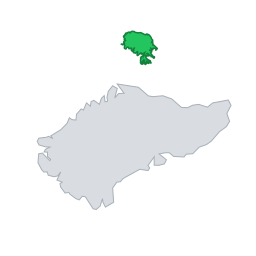 Iceland shown with its bordering countries, rotated 225°
{"feature_id": "ISL", "entity_name": "Iceland", "entity_type": "country or territory", "adm_level": 0, "iso_a3": "ISL", "parent_name": "Europe", "parent_adm1": "", "projection": "orthographic", "projection_center": [-19.868, 64.966], "detail": "fine", "context": "with_neighbors", "style": "filled", "palette": "green", "viewbox_px": 256, "rotation_deg": 225, "n_neighbors": 1, "source": "natural_earth", "source_scale": "50m", "svg_char_len": 6476}
<svg xmlns="http://www.w3.org/2000/svg" viewBox="0 0 256 256"><g transform="rotate(225 128 128)"><path d="M145.7,41.3L151.0,38.2L154.1,39.8L156.4,37.3L159.8,37.5L167.1,39.8L172.9,46.6L170.8,49.7L160.2,49.6L160.5,51.1L164.7,50.9L167.9,54.0L170.4,51.7L171.3,54.6L169.7,59.3L173.0,56.4L178.9,53.1L182.7,54.3L183.9,57.7L179.0,64.0L178.3,65.9L173.7,67.4L177.1,67.8L174.3,79.2L174.4,88.4L176.7,93.8L173.7,94.2L170.4,96.8L174.1,101.3L174.6,108.4L172.2,109.2L175.1,116.4L170.0,116.9L172.7,120.4L171.8,123.4L165.0,124.5L167.8,130.3L167.7,134.1L162.8,130.3L161.3,132.5L164.6,134.8L167.9,140.1L168.7,147.0L163.6,148.4L158.6,139.9L159.0,145.7L155.3,149.8L166.8,151.5L149.4,164.2L136.4,165.1L132.6,167.7L126.1,175.5L117.6,179.5L104.8,180.3L100.3,184.4L98.3,190.0L94.7,194.7L86.6,198.9L85.8,205.7L76.9,218.7L71.2,216.9L68.3,208.1L60.9,204.6L59.4,198.7L60.7,190.0L59.8,177.5L60.8,171.8L64.1,164.8L64.0,155.6L68.2,150.8L67.9,147.1L75.6,140.2L81.2,139.7L83.9,137.2L87.7,131.6L78.4,132.7L76.9,128.4L79.8,123.4L83.2,120.2L89.1,126.2L87.3,115.5L84.4,115.1L83.7,112.1L90.5,107.1L95.7,88.9L95.4,84.6L97.6,81.8L96.4,74.7L85.7,65.4L88.0,56.1L93.2,57.8L96.1,60.0L92.5,53.1L92.8,48.0L95.5,46.2L109.5,49.2L112.1,47.4L111.6,42.7L114.9,41.2L122.4,40.1L124.3,40.6L126.5,37.5L133.8,38.6L136.7,40.5L136.3,43.2L141.4,40.9L144.5,49.4L143.9,44.3L145.7,41.3Z" fill="#d9dde1" stroke="#a8b0b8" stroke-width="1"/><path d="M188.8,184.3L189.2,184.3L189.9,184.0L190.1,183.7L190.7,183.0L191.1,182.8L191.7,182.8L192.0,182.7L192.0,182.8L191.6,183.1L191.4,183.2L191.0,183.7L190.6,184.6L190.4,185.1L190.4,185.3L190.8,185.6L191.2,185.7L191.5,185.5L191.9,185.8L192.0,186.1L192.0,186.4L192.0,186.9L191.8,187.4L191.6,187.9L191.6,188.1L191.9,188.1L193.0,187.7L193.2,187.9L193.2,188.1L193.3,188.4L193.4,188.6L193.4,188.8L193.0,189.6L193.5,189.1L194.0,188.9L194.8,189.0L195.2,189.3L195.4,189.7L195.7,189.5L195.8,189.5L196.0,189.8L196.1,190.0L196.0,190.4L196.0,190.8L195.8,191.0L195.6,191.1L195.6,191.5L195.8,191.7L196.1,191.7L196.2,191.8L196.2,192.0L196.1,192.3L195.8,192.6L196.5,192.9L196.6,193.1L196.6,193.3L196.6,193.6L196.5,193.8L196.3,194.0L195.9,194.1L195.6,194.3L195.7,194.6L195.8,195.0L195.7,195.4L195.4,196.1L195.1,196.5L194.8,196.8L194.2,196.7L193.9,196.6L194.0,197.2L193.7,197.5L193.8,197.8L193.9,198.0L193.9,198.4L193.8,198.7L193.5,199.2L193.3,199.5L192.7,199.8L192.2,200.4L191.9,200.6L191.0,200.6L190.2,201.0L189.0,201.8L188.2,202.4L187.5,203.1L186.7,204.2L186.1,204.6L185.7,204.8L185.0,204.9L184.4,205.2L182.4,205.8L181.7,206.1L181.7,206.4L181.4,206.8L181.5,207.0L181.3,207.6L180.8,208.0L180.6,208.0L180.3,207.7L180.1,207.7L180.1,207.8L180.3,208.2L180.0,208.4L178.6,208.8L176.4,208.5L175.4,208.2L174.3,207.7L173.7,207.6L172.7,207.6L172.0,206.9L171.6,206.4L171.6,206.1L171.7,205.9L171.8,205.9L172.1,205.9L171.9,205.4L171.8,205.6L171.3,206.0L171.0,206.0L170.8,205.8L170.8,205.5L170.2,205.4L169.7,205.1L169.2,204.7L169.4,204.3L169.2,204.2L168.8,204.3L168.3,204.8L168.1,204.9L164.6,204.9L163.7,205.0L163.4,204.7L163.3,203.9L163.3,203.4L163.3,203.1L163.4,202.8L163.6,202.9L163.8,203.2L163.9,203.5L164.1,203.7L165.3,203.3L165.8,203.0L166.1,202.8L166.3,202.4L166.6,202.1L166.7,201.9L167.0,201.3L167.2,201.0L167.4,200.7L167.6,200.6L168.1,200.5L167.8,200.3L167.4,200.3L166.3,201.0L165.9,201.0L165.9,200.9L166.1,200.7L166.5,200.3L166.2,200.3L166.1,200.1L166.1,199.8L166.4,199.3L167.3,198.6L167.6,198.5L167.7,198.4L167.4,198.2L166.5,198.9L165.8,199.1L165.6,199.1L165.3,198.8L165.2,198.6L165.0,198.3L165.1,198.1L165.4,197.5L165.3,197.4L165.1,197.4L164.6,196.8L163.6,196.8L161.4,196.4L160.9,196.5L160.1,196.9L159.6,197.0L159.4,196.9L159.2,196.7L159.1,196.4L159.0,195.9L159.0,195.7L159.4,195.5L159.6,195.5L160.2,195.6L161.0,195.4L161.4,195.3L161.6,195.3L161.9,195.0L162.0,194.9L162.2,195.1L162.3,195.3L163.1,195.0L163.4,194.8L163.4,194.7L163.5,194.6L163.9,194.8L164.2,194.8L164.6,194.7L165.2,194.7L166.7,194.7L167.0,194.5L167.1,194.3L167.2,193.7L166.2,194.1L164.9,193.7L164.6,193.4L164.7,193.1L165.3,192.6L165.9,192.2L166.8,191.7L167.0,191.6L167.0,191.3L166.4,190.9L165.4,191.0L165.1,190.5L164.2,190.2L163.6,190.4L163.3,190.1L162.5,190.4L160.8,190.9L160.1,191.2L159.7,191.3L159.3,191.0L158.6,190.6L157.8,190.4L157.7,190.2L158.3,189.6L158.6,189.5L158.9,189.6L159.5,190.1L159.9,190.2L159.4,189.5L159.5,189.3L159.5,188.9L159.3,188.7L159.2,188.3L159.2,188.2L159.5,188.1L159.9,188.3L160.9,189.1L161.4,189.0L161.7,188.7L162.0,188.6L161.9,188.4L161.1,188.4L160.6,188.2L160.4,188.0L160.2,187.6L160.3,187.4L160.5,187.3L161.3,187.4L160.8,186.7L160.5,186.4L160.5,186.2L160.6,185.8L160.6,185.7L161.5,186.2L161.5,185.9L161.1,185.6L161.1,185.4L161.3,185.3L161.4,185.1L161.7,184.9L161.9,184.9L162.2,185.0L163.0,185.7L163.1,185.9L163.1,186.2L163.0,186.5L163.4,186.5L163.6,186.7L163.8,186.7L164.1,186.2L164.3,186.3L164.5,186.5L164.5,187.0L164.4,187.6L164.7,187.4L165.0,187.3L165.1,187.2L165.1,186.6L165.1,186.1L163.9,185.2L163.7,185.0L163.4,184.7L163.5,184.5L163.7,184.4L164.1,184.3L164.9,184.4L165.0,184.3L164.9,184.1L164.5,184.0L164.4,183.9L164.4,183.7L163.9,183.7L163.4,183.7L162.9,183.6L162.9,183.4L163.1,183.2L163.5,182.8L163.7,182.7L164.3,182.8L164.8,182.8L165.3,182.9L165.6,183.3L166.1,184.0L166.8,184.4L166.9,184.6L167.2,184.9L167.9,185.9L168.7,186.5L168.6,186.8L168.3,187.0L168.7,187.2L169.0,187.6L168.7,188.9L168.6,189.1L168.4,189.3L167.7,189.0L167.9,189.4L168.4,189.8L168.5,190.0L168.4,190.2L168.5,190.3L168.7,190.2L168.7,190.3L168.7,190.6L168.6,190.9L168.5,191.2L168.5,191.3L168.7,191.2L168.9,191.3L169.2,191.6L169.4,192.6L169.5,193.0L169.6,192.7L169.7,192.0L169.8,191.6L170.0,191.4L170.1,191.2L170.2,190.4L170.7,189.8L170.9,189.6L171.1,189.6L171.3,189.7L171.6,190.3L171.8,190.4L172.1,190.0L172.3,189.1L172.3,188.2L172.2,187.2L172.3,186.5L172.5,186.0L172.8,185.9L173.2,186.1L173.5,186.3L174.0,187.3L174.4,187.9L174.8,188.4L175.0,188.6L175.3,188.7L175.5,188.6L175.5,188.3L175.4,186.9L175.5,186.4L175.7,186.1L176.3,185.9L176.7,185.7L177.0,185.4L177.3,185.2L177.5,185.2L177.8,185.3L178.0,185.6L178.4,186.1L178.9,187.0L179.5,187.7L179.9,188.7L180.0,188.9L180.2,188.6L180.2,188.1L180.0,187.5L179.4,185.9L179.3,185.6L179.4,185.3L179.8,185.3L180.8,185.4L181.1,185.7L181.7,186.6L181.9,186.9L182.0,186.9L182.3,186.6L182.5,186.4L182.7,185.8L183.3,184.8L183.5,184.8L184.0,185.1L184.1,185.3L184.4,185.4L184.8,185.4L185.2,185.0L185.6,184.8L185.8,184.3L185.8,184.1L185.3,182.6L185.5,182.3L186.3,181.9L187.0,181.9L187.2,182.0L187.7,182.6L188.0,183.0L188.3,183.8L188.5,184.1L188.8,184.3Z" fill="#22c55e" stroke="#15803d" stroke-width="1.5"/></g></svg>